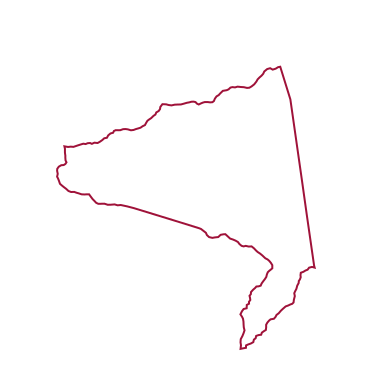 outline of Igaporã, Bahia, Brazil, rotated 283°
{"feature_id": "56859067B50358984616919", "entity_name": "Igaporã", "entity_type": "district", "adm_level": 2, "iso_a3": "BRA", "parent_name": "Brazil", "parent_adm1": "Bahia", "projection": "orthographic", "projection_center": [-42.745, -13.834], "detail": "fine", "context": "isolated", "style": "outline", "palette": "rose", "viewbox_px": 384, "rotation_deg": 283, "n_neighbors": 0, "source": "geoboundaries", "source_scale": "gbopen_adm2", "svg_char_len": 3271}
<svg xmlns="http://www.w3.org/2000/svg" viewBox="0 0 384 384"><g transform="rotate(283 192 192)"><path d="M207.8,57.4L205.5,58.5L203.6,58.9L201.6,59.4L199.0,60.4L196.8,60.9L194.3,61.7L192.7,63.0L190.8,62.3L189.4,60.9L188.7,58.6L186.7,56.5L184.3,55.5L182.3,55.8L179.5,57.1L176.6,57.1L175.2,58.3L173.2,59.7L170.3,61.5L169.1,63.7L168.1,65.7L166.8,68.6L165.2,71.4L164.8,74.2L165.6,77.2L165.3,79.7L165.2,81.8L164.9,85.0L165.4,87.7L166.0,89.8L166.6,92.2L164.8,94.3L162.7,96.8L161.5,98.7L159.9,101.1L159.4,103.4L160.9,109.3L160.6,112.8L161.3,115.6L162.5,119.4L162.3,122.5L163.3,125.5L163.4,132.1L163.2,139.1L160.3,180.1L158.3,207.1L158.0,209.1L156.7,211.9L155.4,214.7L153.4,216.2L151.9,218.8L151.9,222.2L152.9,224.5L154.0,227.7L156.7,229.5L157.8,232.0L158.4,234.0L157.1,236.3L155.2,239.6L154.9,242.7L154.4,245.4L153.6,248.0L152.0,249.9L150.7,252.4L150.6,254.5L151.6,256.5L151.6,259.5L152.4,262.3L151.1,265.0L149.3,267.7L148.3,269.5L147.3,272.2L146.0,274.8L145.0,276.5L143.9,278.4L143.3,280.8L142.3,282.7L140.8,284.7L138.8,286.7L135.7,287.4L134.2,286.3L132.7,285.1L130.9,283.9L128.4,283.5L126.0,283.5L123.5,282.6L120.9,281.4L118.5,280.4L116.2,280.0L115.1,278.2L114.4,276.0L112.7,275.1L110.5,273.5L107.8,272.0L105.6,272.3L103.8,271.4L102.0,272.3L99.9,273.1L97.8,272.2L96.0,272.7L94.3,270.8L91.0,271.4L89.6,268.6L87.0,267.5L83.7,266.7L81.7,268.8L80.0,270.2L77.3,271.3L74.4,272.1L71.8,272.9L69.0,274.3L65.9,274.0L62.9,273.5L59.6,272.6L56.4,273.1L53.7,274.2L50.1,274.6L51.1,276.8L52.3,279.6L54.7,279.2L56.0,280.9L57.6,283.4L59.5,285.5L62.1,285.5L63.8,286.9L66.2,286.9L67.6,289.1L68.5,291.5L70.7,291.7L72.5,293.3L74.2,295.0L76.9,294.7L79.3,294.1L81.7,294.8L84.0,296.0L85.6,297.2L86.9,300.3L89.1,301.5L91.2,302.0L93.4,303.8L96.3,305.3L98.7,306.9L101.6,309.0L103.0,311.2L104.6,313.2L105.6,314.8L107.2,315.8L109.9,315.5L113.7,315.6L116.4,314.4L118.4,314.8L121.1,315.5L124.4,315.6L127.3,316.4L129.3,316.1L131.1,316.8L133.4,317.1L135.4,316.4L137.8,316.2L139.3,318.5L141.0,320.2L142.3,322.1L144.6,323.1L146.0,325.8L145.9,328.5L147.8,327.5L195.0,309.2L228.6,296.3L249.8,288.1L271.8,279.6L304.4,267.0L333.9,249.8L333.0,247.8L331.0,245.8L329.4,243.1L330.2,240.3L328.7,237.6L325.7,235.3L323.2,234.8L321.0,233.6L318.8,232.0L316.5,230.6L314.1,229.9L310.9,228.4L308.3,226.3L306.5,224.4L305.8,222.2L305.8,219.0L305.3,216.0L304.9,212.7L303.6,210.4L303.3,207.8L302.4,206.0L300.2,204.5L299.0,202.9L297.5,199.3L294.4,197.3L292.4,196.2L290.7,194.4L288.1,193.3L285.6,192.9L284.1,191.7L283.4,189.5L283.2,187.3L282.5,184.2L281.5,182.4L280.2,180.6L278.8,178.9L279.2,177.0L280.4,175.2L280.4,173.2L279.8,171.1L278.7,169.1L277.8,167.0L276.3,164.3L274.8,161.5L274.0,158.4L273.2,155.5L271.8,152.6L271.5,149.7L271.6,147.1L270.9,143.4L267.7,142.0L265.6,142.2L263.4,141.3L261.5,139.3L259.2,138.9L257.6,137.4L254.8,135.6L252.9,133.8L251.3,132.5L248.8,131.7L246.6,131.1L245.0,129.1L243.1,127.4L241.8,125.2L240.7,123.2L239.3,121.1L238.4,118.6L238.6,115.4L238.4,113.1L237.7,110.7L236.1,108.2L235.6,106.3L235.1,103.8L233.9,102.2L232.0,101.8L230.7,99.4L228.3,97.6L225.7,96.9L224.6,94.4L222.4,92.9L220.2,90.9L218.5,89.0L218.1,85.8L216.4,83.6L216.8,81.7L216.1,79.4L214.8,77.6L214.6,75.2L213.1,72.6L211.5,69.9L210.5,68.3L209.3,66.3L208.9,63.6L208.0,61.1L207.8,57.4Z" fill="none" stroke="#9f1239" stroke-width="2"/></g></svg>